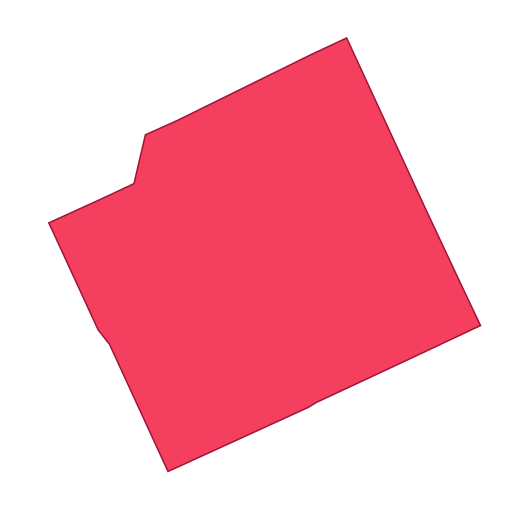 Panola, Mississippi, United States of America, rotated 65°
{"feature_id": "52423323B80158894867662", "entity_name": "Panola", "entity_type": "district", "adm_level": 2, "iso_a3": "USA", "parent_name": "United States of America", "parent_adm1": "Mississippi", "projection": "equal_earth", "projection_center": [-89.93, 34.357], "detail": "fine", "context": "isolated", "style": "filled", "palette": "rose", "viewbox_px": 512, "rotation_deg": 65, "n_neighbors": 0, "source": "geoboundaries", "source_scale": "gbopen_adm2", "svg_char_len": 413}
<svg xmlns="http://www.w3.org/2000/svg" viewBox="0 0 512 512"><g transform="rotate(65 256 256)"><path d="M414.3,401.1L415.3,272.6L414.2,262.8L414.2,175.1L414.2,173.0L413.9,81.9L366.8,82.2L319.9,82.3L284.7,82.4L96.7,81.7L96.7,119.9L99.9,270.6L99.4,305.0L138.8,336.0L138.9,371.5L138.4,429.8L149.2,429.8L256.2,430.3L274.2,426.1L414.1,426.8L414.3,401.1Z" fill="#f43f5e" stroke="#9f1239" stroke-width="1.5"/></g></svg>